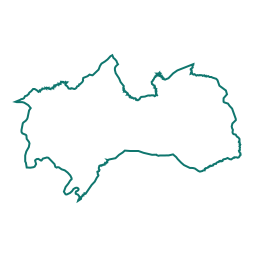 outline of Kut Bak, Sakon Nakhon, Thailand
{"feature_id": "78962969B73602858262126", "entity_name": "Kut Bak", "entity_type": "district", "adm_level": 2, "iso_a3": "THA", "parent_name": "Thailand", "parent_adm1": "Sakon Nakhon", "projection": "orthographic", "projection_center": [103.812, 17.077], "detail": "fine", "context": "isolated", "style": "outline", "palette": "teal", "viewbox_px": 256, "rotation_deg": 0, "n_neighbors": 0, "source": "geoboundaries", "source_scale": "gbopen_adm2", "svg_char_len": 5652}
<svg xmlns="http://www.w3.org/2000/svg" viewBox="0 0 256 256"><path d="M78.1,200.8L81.0,198.9L81.3,196.9L82.2,196.3L82.4,195.6L83.2,195.5L83.0,195.0L83.3,194.5L84.6,194.1L84.6,193.3L85.7,193.6L91.7,184.9L94.8,181.6L96.8,177.7L98.4,175.6L98.4,175.1L97.7,174.0L97.8,172.9L97.3,171.9L97.5,171.6L99.1,171.0L99.5,169.8L98.9,169.1L98.8,167.9L99.4,165.8L100.4,165.4L101.0,165.8L101.4,165.2L101.8,165.3L102.5,164.9L102.8,165.2L104.1,164.3L104.2,164.7L104.6,164.7L104.8,163.7L105.2,163.6L105.2,163.2L105.8,163.5L106.3,162.8L107.3,162.4L107.3,161.9L106.8,161.7L107.7,160.3L107.3,159.9L108.3,160.1L109.0,159.5L115.5,158.2L119.1,154.8L122.7,152.5L124.8,150.6L130.2,151.0L138.4,151.0L143.5,152.8L152.0,154.8L156.4,154.7L156.7,155.1L158.5,155.8L159.8,155.5L168.7,155.4L173.0,154.4L176.2,157.1L177.7,159.1L181.2,162.7L184.0,165.1L189.8,167.9L192.9,168.0L194.9,168.5L198.4,171.0L199.9,171.6L202.4,171.0L203.2,170.4L204.5,170.3L204.4,170.0L205.1,169.2L204.9,168.7L205.8,168.1L206.3,168.2L208.1,167.5L208.1,167.1L210.1,165.7L210.4,165.7L210.4,166.0L210.8,165.7L211.5,166.0L213.2,165.4L213.3,164.5L214.5,163.9L216.0,163.9L216.4,162.9L217.5,162.2L218.3,162.1L218.9,161.4L219.7,161.6L220.3,161.3L220.2,160.9L221.0,160.8L221.6,161.3L222.5,161.0L223.0,159.7L223.7,159.3L225.7,158.9L227.6,158.0L229.6,159.1L231.2,159.4L234.1,157.4L234.4,157.7L235.0,157.3L236.5,157.3L237.6,157.7L238.7,157.4L239.6,156.3L239.9,155.3L240.6,154.9L240.4,153.2L239.6,152.5L238.9,150.8L239.2,150.4L239.7,150.4L239.9,149.8L239.7,148.5L240.0,147.4L239.4,146.3L240.0,145.5L239.7,144.6L240.2,144.4L239.6,143.2L239.7,142.8L238.8,142.1L238.9,141.6L239.5,141.5L239.5,139.0L238.4,137.5L236.9,136.6L235.7,134.6L233.5,134.1L232.8,133.3L232.5,132.2L232.9,129.9L232.1,128.2L231.7,126.5L232.4,123.5L235.8,120.2L235.8,119.0L232.1,108.6L229.5,105.8L228.0,103.6L224.3,102.4L223.7,102.0L223.5,101.2L223.6,98.2L227.0,94.3L225.9,90.5L219.4,85.7L217.5,80.2L216.2,78.8L212.4,77.6L211.4,77.0L209.5,77.0L208.2,76.1L206.6,76.5L206.0,75.8L205.2,76.3L204.2,75.3L202.8,75.9L202.1,75.3L200.7,75.1L199.8,75.1L199.7,75.3L199.2,75.1L198.6,75.4L197.4,75.1L196.3,75.6L194.6,74.2L193.7,74.6L192.9,74.3L192.1,73.3L190.7,73.8L191.1,72.3L191.8,71.9L191.6,71.2L191.7,70.3L190.7,69.7L190.7,69.1L192.7,67.5L192.4,65.5L193.3,64.9L193.4,64.1L177.4,70.4L173.1,73.4L168.5,78.2L165.1,79.6L162.8,78.9L162.9,78.4L163.3,78.1L162.8,77.8L162.7,77.2L162.3,77.1L161.9,76.2L161.5,76.7L161.4,76.2L160.9,76.5L160.2,76.2L160.7,75.9L159.7,74.9L160.3,74.4L160.0,73.6L160.4,73.3L159.9,73.0L159.8,73.3L159.2,73.5L159.2,72.9L158.5,73.6L157.0,73.6L157.5,74.0L157.7,74.8L157.4,74.7L157.5,75.0L157.1,74.8L157.1,75.5L156.3,75.4L156.1,76.0L155.5,76.1L155.4,77.0L154.7,77.2L153.5,79.7L153.0,80.0L152.8,80.8L151.7,81.8L151.7,82.3L152.0,84.0L152.8,84.4L153.3,85.2L154.6,85.6L154.8,86.3L154.6,86.7L155.0,87.0L155.1,87.6L154.8,87.8L155.1,87.9L155.2,88.5L156.2,88.9L156.0,89.3L155.7,89.2L156.1,89.9L155.8,90.5L156.2,90.9L155.7,91.2L156.2,91.9L155.8,92.5L156.0,93.4L156.3,93.4L156.5,94.7L157.3,95.0L157.7,94.8L157.2,95.3L155.7,94.8L155.2,95.9L154.6,96.2L153.4,95.3L151.3,95.3L149.8,95.7L149.2,95.4L147.6,95.6L144.9,96.6L141.3,96.9L140.5,97.5L139.4,99.4L138.6,99.6L138.0,100.2L137.1,100.2L136.6,99.6L136.1,99.8L135.6,98.5L135.0,98.2L133.6,98.6L132.8,97.8L131.9,97.9L131.6,97.3L130.2,97.5L129.8,97.1L130.1,96.9L129.9,96.2L130.2,96.2L130.0,95.8L128.4,95.2L128.0,94.2L127.3,94.4L127.6,93.9L127.2,93.3L127.4,93.1L126.2,92.1L125.5,92.0L125.3,91.3L124.3,91.5L124.4,91.3L124.1,91.2L124.1,90.8L123.4,90.2L123.4,89.7L123.6,89.6L123.7,89.9L123.7,89.3L124.1,89.1L123.8,88.2L123.4,88.4L123.2,88.0L123.8,86.1L120.6,82.1L119.1,78.4L115.7,73.2L114.9,70.0L114.9,68.2L115.3,67.1L116.2,65.9L118.0,64.3L117.1,62.8L116.5,61.0L114.9,59.1L113.5,58.0L112.3,55.2L110.5,56.2L107.6,59.4L104.9,61.5L101.5,63.6L100.0,65.9L98.6,69.6L92.7,75.2L92.3,75.3L89.5,74.6L87.6,76.2L83.3,77.9L82.9,79.7L83.1,80.6L82.3,82.1L79.9,84.4L79.3,84.3L78.5,86.0L77.1,86.4L76.3,88.0L75.1,88.8L74.2,89.0L71.7,88.2L71.0,88.3L70.7,88.8L68.6,88.5L67.3,86.3L65.7,85.2L65.3,84.5L65.4,83.7L66.0,83.6L66.7,82.8L66.2,82.9L66.4,82.4L65.8,82.5L65.5,82.1L65.1,82.6L65.0,82.3L63.5,82.7L63.1,82.3L63.1,81.9L61.4,81.8L61.6,82.2L61.0,82.2L60.7,82.8L60.6,83.9L59.7,83.7L59.5,84.1L58.8,83.9L58.6,84.6L58.3,84.2L58.2,84.8L57.1,84.6L56.0,85.0L55.7,85.7L55.3,85.4L54.5,85.4L54.5,86.0L54.2,85.7L53.6,86.8L53.8,86.9L53.5,87.3L53.4,88.0L53.1,87.7L52.6,87.7L52.6,88.1L52.2,88.0L52.0,88.4L50.3,88.7L50.3,89.1L49.5,88.9L49.2,88.4L48.8,88.5L48.7,88.1L48.5,88.3L47.6,87.9L46.8,87.9L46.7,88.3L46.5,88.0L46.1,88.5L45.3,88.0L45.3,88.4L43.9,88.8L42.4,88.5L41.9,89.5L41.4,89.5L40.6,90.5L40.3,90.6L40.2,91.1L39.6,90.6L39.3,91.5L38.5,91.9L37.1,90.5L35.4,89.4L34.6,89.0L33.1,89.0L31.2,91.2L29.6,92.4L28.8,93.4L28.7,94.2L27.4,95.0L27.0,95.6L25.0,96.2L24.0,98.2L22.7,98.9L21.3,99.1L20.3,99.8L15.4,101.8L16.6,102.1L22.2,102.1L24.3,102.7L28.3,105.2L30.7,108.1L29.1,110.4L27.6,117.7L27.1,119.0L25.8,120.7L23.4,122.5L22.8,123.3L21.5,130.0L21.5,132.0L22.4,133.4L25.8,134.8L26.4,135.5L26.7,138.9L28.9,141.8L29.5,143.4L28.8,147.1L26.3,151.5L25.2,155.5L25.2,161.4L25.9,162.8L26.7,167.5L30.4,167.7L33.5,167.2L34.7,166.6L36.1,164.1L35.1,160.6L35.4,160.0L36.7,159.1L38.3,158.9L41.1,160.6L41.6,160.4L42.9,158.6L46.9,157.5L48.4,157.8L54.5,164.1L55.3,166.8L56.6,167.6L57.6,167.2L58.8,167.3L61.6,169.3L64.7,170.3L67.7,172.6L70.3,175.5L71.6,178.2L71.6,179.2L70.2,180.5L68.4,183.5L65.6,187.0L63.9,191.7L65.5,194.2L66.1,194.5L67.2,194.3L70.1,192.9L72.1,191.1L73.5,189.0L75.4,187.9L76.9,187.7L78.1,188.3L78.6,189.1L78.3,190.1L77.5,190.8L76.0,191.5L75.6,192.8L75.8,193.8L77.9,194.6L79.3,196.4L79.5,198.5L78.5,199.5L78.1,200.8Z" fill="none" stroke="#0f766e" stroke-width="2"/></svg>